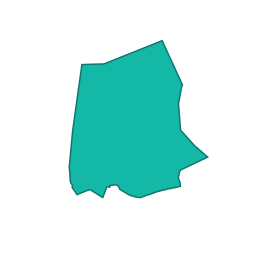 Santa María Mixtequilla, Oaxaca, Mexico (Albers equal-area conic projection), rotated 51°
{"feature_id": "50627088B35955945188177", "entity_name": "Santa María Mixtequilla", "entity_type": "district", "adm_level": 2, "iso_a3": "MEX", "parent_name": "Mexico", "parent_adm1": "Oaxaca", "projection": "albers", "projection_center": [-95.246, 16.422], "detail": "fine", "context": "isolated", "style": "filled", "palette": "teal", "viewbox_px": 256, "rotation_deg": 51, "n_neighbors": 0, "source": "geoboundaries", "source_scale": "gbopen_adm2", "svg_char_len": 1140}
<svg xmlns="http://www.w3.org/2000/svg" viewBox="0 0 256 256"><g transform="rotate(51 128 128)"><path d="M200.7,84.4L183.9,87.4L162.7,88.5L140.8,73.4L129.6,60.2L128.9,58.6L106.3,52.8L81.6,46.5L63.1,106.3L53.2,119.3L49.7,123.9L94.9,172.3L105.7,182.9L118.1,195.0L121.8,198.7L122.6,199.0L126.7,201.8L132.7,206.1L134.6,207.0L135.4,207.1L136.1,207.1L137.8,207.4L138.9,208.8L147.8,209.5L149.3,204.3L150.4,200.7L150.8,199.2L151.7,197.2L152.2,196.1L152.9,195.9L156.2,194.8L156.8,194.6L157.5,194.3L158.6,194.0L160.0,193.5L160.4,193.3L161.5,193.0L162.6,192.6L163.8,192.2L165.8,191.5L166.1,191.4L165.6,190.5L165.0,189.3L164.2,188.0L160.5,181.6L160.4,181.4L162.5,179.3L161.2,178.5L162.9,175.7L163.0,175.3L163.2,174.8L163.7,174.2L164.0,173.9L165.1,172.7L166.2,172.3L167.1,172.2L168.1,172.2L169.6,172.7L170.4,173.0L180.3,169.4L183.5,167.6L183.8,167.2L186.6,165.3L187.7,164.4L189.9,162.1L190.9,159.2L191.9,156.1L192.7,154.2L193.4,152.5L195.7,145.7L195.8,145.4L197.5,141.8L200.8,134.7L202.0,132.7L206.3,124.0L203.3,121.9L201.2,121.2L199.1,120.7L198.6,120.5L194.5,115.5L193.7,113.6L200.7,84.4Z" fill="#14b8a6" stroke="#0f766e" stroke-width="1.5"/></g></svg>